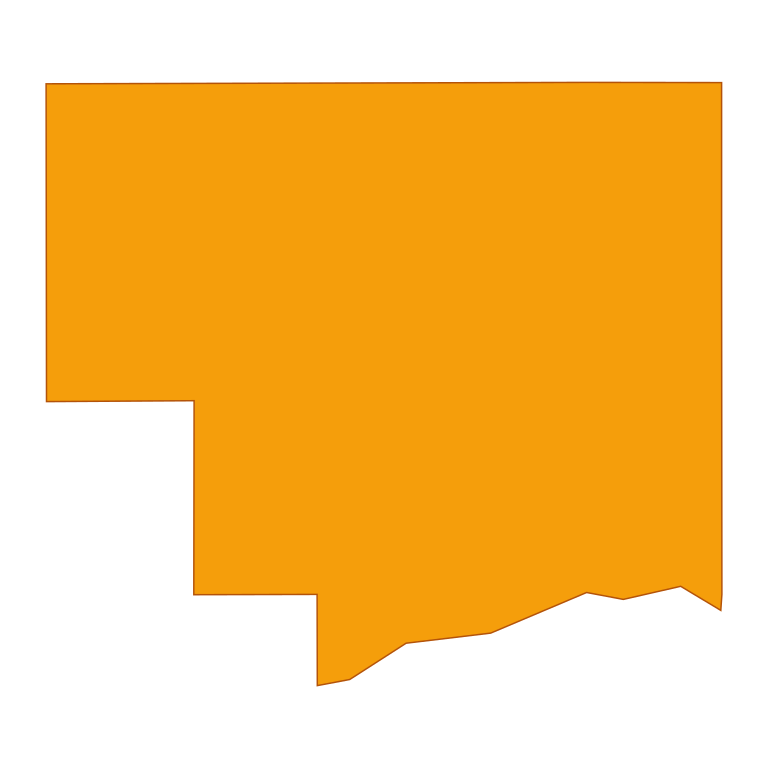 outline of Platte, Nebraska, United States of America
{"feature_id": "52423323B76377234724165", "entity_name": "Platte", "entity_type": "district", "adm_level": 2, "iso_a3": "USA", "parent_name": "United States of America", "parent_adm1": "Nebraska", "projection": "natural_earth1", "projection_center": [-97.501, 41.538], "detail": "fine", "context": "isolated", "style": "filled", "palette": "amber", "viewbox_px": 768, "rotation_deg": 0, "n_neighbors": 0, "source": "geoboundaries", "source_scale": "gbopen_adm2", "svg_char_len": 342}
<svg xmlns="http://www.w3.org/2000/svg" viewBox="0 0 768 768"><path d="M46.5,401.6L194.1,400.7L193.8,594.7L317.1,594.4L317.3,685.6L349.7,679.5L406.1,643.2L490.7,633.1L586.6,592.5L623.3,599.4L680.7,586.3L720.8,610.4L721.9,594.3L721.6,274.3L721.6,82.6L586.5,82.4L46.1,83.8L46.5,401.6Z" fill="#f59e0b" stroke="#b45309" stroke-width="1.5"/></svg>